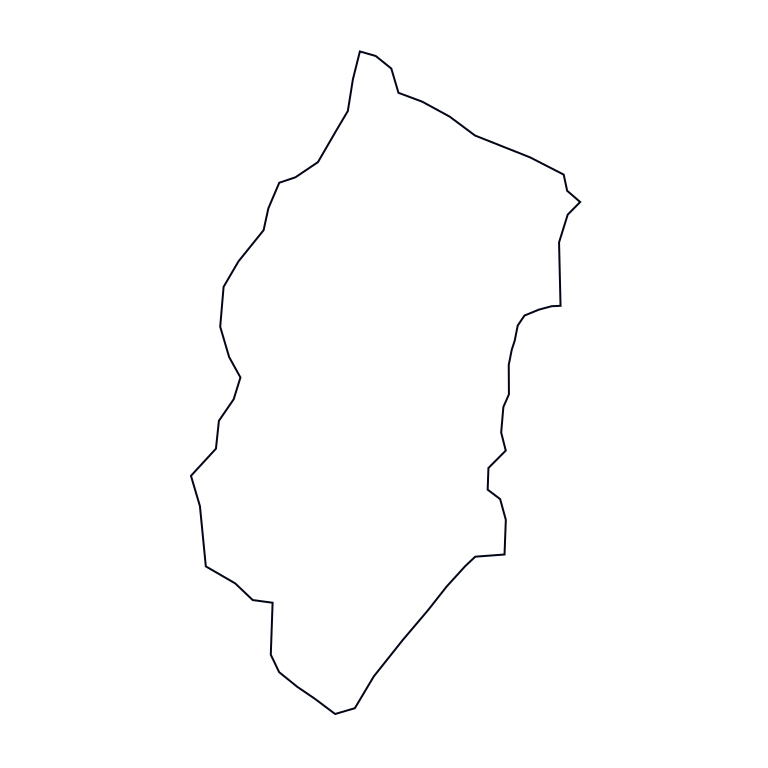 outline of Eksjö, Jönköping, Sweden, rotated 92°
{"feature_id": "70781695B54746446562471", "entity_name": "Eksjö", "entity_type": "district", "adm_level": 2, "iso_a3": "SWE", "parent_name": "Sweden", "parent_adm1": "Jönköping", "projection": "mercator", "projection_center": [15.234, 57.651], "detail": "fine", "context": "isolated", "style": "outline", "palette": "ink", "viewbox_px": 768, "rotation_deg": 92, "n_neighbors": 0, "source": "geoboundaries", "source_scale": "gbopen_adm2", "svg_char_len": 976}
<svg xmlns="http://www.w3.org/2000/svg" viewBox="0 0 768 768"><g transform="rotate(92 384 384)"><path d="M713.5,424.2L715.5,421.3L709.0,401.8L676.6,384.0L639.3,356.4L608.5,332.1L584.2,314.3L563.2,296.5L553.4,286.8L550.2,257.6L515.5,257.5L495.0,263.9L486.0,276.7L464.3,276.7L446.3,260.0L428.4,265.2L402.8,263.9L390.0,258.8L360.6,260.0L345.2,257.5L336.3,254.9L320.9,252.4L310.7,246.0L304.3,231.9L300.4,219.1L299.7,210.3L236.4,214.0L208.3,206.3L195.3,194.3L184.5,207.7L168.5,211.7L152.5,245.7L142.5,273.7L132.5,301.7L114.5,327.7L100.5,355.7L92.5,379.7L68.5,387.7L56.5,403.7L52.5,419.7L80.5,425.7L107.1,429.0L112.5,429.7L134.5,441.7L164.5,457.7L180.5,479.7L186.5,495.7L212.5,505.7L234.5,509.7L266.5,533.7L292.5,547.7L332.5,549.7L362.5,539.7L382.5,527.7L404.5,533.7L426.5,547.7L454.5,549.7L482.5,573.7L512.5,563.7L572.5,555.7L588.5,525.7L604.5,507.7L606.5,487.7L658.5,487.7L675.7,478.7L689.6,460.2L700.9,442.3L713.5,424.2Z" fill="none" stroke="#020617" stroke-width="2"/></g></svg>